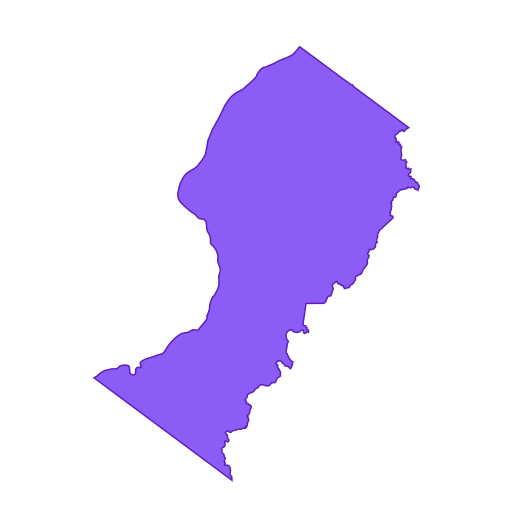 outline of Cotriguaçu, Mato Grosso, Brazil, rotated 217°
{"feature_id": "56859067B41206181741344", "entity_name": "Cotriguaçu", "entity_type": "district", "adm_level": 2, "iso_a3": "BRA", "parent_name": "Brazil", "parent_adm1": "Mato Grosso", "projection": "natural_earth1", "projection_center": [-58.781, -9.466], "detail": "fine", "context": "isolated", "style": "filled", "palette": "violet", "viewbox_px": 512, "rotation_deg": 217, "n_neighbors": 0, "source": "geoboundaries", "source_scale": "gbopen_adm2", "svg_char_len": 6099}
<svg xmlns="http://www.w3.org/2000/svg" viewBox="0 0 512 512"><g transform="rotate(217 256 256)"><path d="M140.2,62.4L142.5,65.1L145.3,65.9L147.4,69.5L149.2,71.4L151.6,72.1L152.6,71.9L155.3,70.1L156.0,72.2L157.6,73.0L158.3,73.8L158.9,76.2L160.8,76.7L161.5,77.7L162.3,78.3L164.7,78.5L165.6,79.3L166.2,80.4L167.5,81.5L167.3,82.8L166.7,84.1L166.6,85.3L166.8,86.1L167.4,87.1L169.5,89.2L168.8,90.0L166.7,90.5L166.3,91.5L166.9,92.6L167.7,93.1L168.8,93.5L169.8,94.2L171.2,95.8L173.0,96.0L174.3,96.7L174.1,97.8L173.6,98.8L172.9,99.6L171.3,99.3L170.6,99.5L169.9,100.1L169.4,102.6L167.8,104.1L166.3,106.6L164.9,107.9L163.3,109.1L163.0,110.1L161.9,111.4L160.9,111.8L160.7,113.3L161.5,113.5L161.0,114.2L160.9,115.3L161.8,116.7L162.6,117.5L162.5,118.7L162.7,120.2L165.7,122.8L166.0,121.9L167.0,123.1L166.8,124.3L166.4,124.9L167.1,127.7L168.1,129.3L168.4,130.3L168.4,131.2L169.1,132.9L169.8,133.3L171.0,133.4L172.3,133.0L173.3,133.4L175.0,132.4L175.9,134.0L178.2,134.4L178.1,135.8L178.3,138.5L179.0,139.1L179.4,140.0L179.0,141.1L178.4,142.4L178.1,143.8L177.1,144.6L176.6,145.8L176.3,147.9L176.8,149.1L175.0,152.3L175.5,153.8L175.2,155.0L174.6,155.9L173.8,156.5L173.3,157.3L169.4,158.5L168.6,159.6L167.7,159.9L167.2,161.6L167.3,163.4L166.9,164.3L165.0,166.0L164.5,166.9L165.5,171.3L164.3,174.5L164.7,175.5L165.7,176.6L166.4,177.8L167.0,178.4L168.2,178.6L168.9,179.3L169.7,179.1L170.4,179.8L171.1,179.6L172.1,180.4L172.6,181.6L173.3,182.0L174.4,181.5L175.2,181.8L175.5,183.7L175.5,185.7L174.4,185.9L172.8,187.2L172.0,187.2L170.8,186.4L169.8,186.4L168.8,186.7L166.8,185.7L165.8,186.1L165.1,186.9L164.4,186.7L163.4,187.2L162.7,186.9L160.8,186.6L160.7,187.7L161.4,190.6L162.9,193.7L163.9,193.4L167.6,194.0L168.8,194.8L170.2,195.3L172.1,196.6L173.4,196.8L174.3,197.7L178.4,205.2L178.7,207.3L181.4,208.0L184.1,210.3L184.8,211.4L185.4,214.0L185.2,215.5L184.8,216.5L183.7,217.9L182.0,219.2L181.0,218.0L178.7,218.8L176.8,219.9L175.6,221.9L175.0,224.4L174.1,225.2L173.2,224.9L172.5,223.9L171.5,223.7L170.9,223.1L170.2,223.8L169.8,225.9L168.2,226.6L168.7,227.7L169.7,228.3L170.4,228.4L171.4,228.0L172.1,229.4L173.3,229.4L174.1,230.2L175.9,229.2L177.2,229.4L187.5,248.2L173.3,259.1L172.8,261.3L174.0,265.7L174.0,267.1L173.5,268.1L172.4,268.8L172.6,270.9L173.2,271.7L174.3,275.7L175.0,276.8L175.9,277.1L177.5,278.6L177.8,279.7L176.4,284.3L175.4,284.4L174.5,283.3L173.5,283.3L172.7,283.9L172.0,283.8L171.2,284.3L170.2,283.7L168.4,284.9L167.8,284.2L165.8,283.3L164.9,283.7L164.6,285.0L164.1,285.6L163.3,285.9L162.8,286.6L162.7,287.7L163.1,289.4L161.8,292.4L162.3,294.9L162.2,296.8L162.9,297.9L163.8,298.5L164.0,299.4L163.6,300.5L162.9,301.4L162.9,302.4L161.7,303.9L161.3,304.9L161.4,306.4L162.1,309.0L162.3,316.6L163.4,318.4L164.4,318.8L164.9,319.7L165.0,321.7L165.7,324.2L166.9,324.7L167.9,324.6L168.5,325.7L168.4,327.4L169.5,329.2L169.1,329.9L168.2,330.0L166.4,332.2L166.1,334.7L166.6,336.0L167.6,337.2L167.9,338.4L167.4,340.0L169.5,341.2L169.9,342.4L170.3,344.7L171.4,345.4L171.9,346.4L172.8,350.8L169.7,367.9L169.7,369.4L170.8,370.0L171.9,369.8L172.8,369.0L173.6,369.4L173.7,370.3L174.3,371.1L175.1,371.4L176.1,374.7L176.9,375.7L177.5,377.4L179.2,378.7L179.4,379.8L180.4,379.8L180.6,381.1L180.4,382.4L180.5,383.4L181.3,384.3L181.4,385.2L180.0,387.1L180.7,389.4L181.4,390.2L181.4,391.1L181.3,392.3L180.9,393.3L180.9,394.3L180.1,396.4L179.2,396.7L178.9,397.7L178.2,398.2L177.7,399.1L176.4,400.3L176.1,401.0L176.3,401.8L176.1,402.6L174.8,402.6L174.2,403.3L173.3,403.8L172.6,405.4L171.3,405.9L170.1,405.3L169.0,405.2L167.8,405.6L167.2,406.1L166.2,406.0L166.7,407.3L167.4,410.0L168.3,410.5L170.7,411.2L171.5,411.9L172.4,411.3L173.4,411.0L174.4,411.6L175.2,412.3L178.0,411.9L179.0,410.9L179.8,411.6L180.0,412.8L181.0,412.5L181.6,411.8L182.5,411.5L183.2,412.4L182.9,415.4L183.2,416.6L184.2,417.4L184.7,418.7L185.4,418.0L186.2,417.7L187.1,417.9L188.0,416.7L189.4,416.6L189.7,417.8L191.3,418.8L191.7,419.6L192.1,421.8L193.3,421.8L194.6,422.9L196.4,420.6L198.3,420.5L199.0,420.8L199.2,421.7L200.1,422.7L200.0,423.6L200.5,424.4L204.2,427.9L204.9,430.1L205.6,431.1L206.8,430.7L207.7,431.1L207.9,432.0L209.5,431.1L209.9,431.7L210.0,432.7L211.0,432.8L211.9,432.0L213.2,431.3L213.3,432.6L214.0,433.0L214.3,433.8L216.6,434.6L217.4,435.4L217.5,437.2L216.9,437.9L217.0,438.7L216.4,440.6L216.9,441.9L215.7,442.7L215.2,443.5L215.2,444.4L214.3,445.0L213.7,444.4L212.8,444.3L212.4,447.6L211.3,450.4L279.2,450.0L280.3,450.1L281.8,450.8L282.5,450.1L294.6,449.8L347.2,449.4L347.2,444.7L347.5,441.8L347.7,439.9L348.3,438.0L350.8,432.9L355.1,425.9L357.8,420.0L362.5,412.0L363.3,411.3L363.8,410.4L364.1,409.5L364.6,407.2L364.7,405.5L364.4,401.2L363.8,399.9L363.8,399.0L363.9,396.8L364.7,391.9L366.3,383.9L367.1,380.6L369.8,375.1L370.4,373.6L371.4,369.5L371.8,367.0L371.8,363.0L371.4,357.3L368.9,345.2L366.9,330.7L363.9,319.4L357.7,307.1L357.3,305.7L356.8,300.2L356.9,292.7L357.7,289.4L359.7,284.4L361.0,280.8L361.3,279.0L361.5,276.6L361.2,273.7L360.1,268.2L359.3,265.9L356.3,259.2L353.8,256.2L352.9,255.4L351.2,254.4L348.6,253.5L342.5,252.7L335.1,252.2L330.0,252.6L325.8,251.8L324.4,251.7L323.3,252.0L320.3,253.6L318.8,254.0L315.7,252.7L311.4,247.9L309.8,246.6L304.3,244.0L303.3,243.0L300.1,239.0L298.8,238.3L296.2,238.2L291.7,236.8L287.6,234.3L285.3,231.7L283.3,228.6L279.0,225.8L276.1,223.5L275.2,222.0L273.7,217.6L268.5,211.1L267.4,208.8L266.3,204.8L265.6,199.5L265.9,197.7L265.7,195.9L264.8,192.4L263.6,189.4L260.9,185.0L260.0,182.1L258.9,178.1L257.7,176.9L257.3,175.8L257.4,169.1L257.7,164.5L257.6,162.7L257.8,161.6L260.5,160.1L262.3,158.8L263.5,155.9L264.6,154.0L268.4,149.8L269.1,148.8L270.1,145.9L271.3,141.5L272.0,134.9L272.1,130.5L271.5,124.2L271.9,121.6L275.6,116.9L275.9,116.0L282.4,106.9L284.1,102.9L284.3,101.8L283.7,100.3L283.2,99.8L281.3,98.8L280.7,98.2L281.3,97.4L283.4,96.0L284.0,94.8L283.9,93.2L282.0,90.5L281.5,89.2L281.7,88.0L282.5,86.9L283.7,86.5L286.0,86.7L286.9,87.3L289.4,90.3L290.9,91.4L291.9,91.6L294.1,90.7L296.1,89.2L298.2,86.7L298.6,85.5L299.0,83.1L299.4,82.3L300.0,81.5L303.2,79.1L305.4,76.4L306.2,75.3L308.0,73.4L309.6,69.6L310.9,63.8L312.1,61.2L140.2,62.4Z" fill="#8b5cf6" stroke="#5b21b6" stroke-width="1.5"/></g></svg>